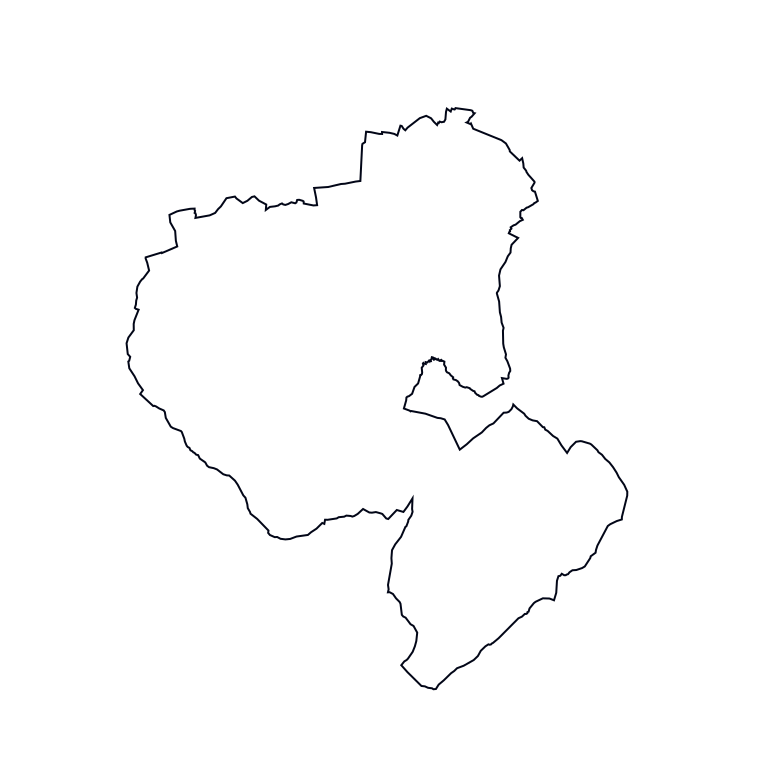 outline of Ulies, Harghita, Romania, rotated 283°
{"feature_id": "2599482B10637984769645", "entity_name": "Ulies", "entity_type": "district", "adm_level": 2, "iso_a3": "ROU", "parent_name": "Romania", "parent_adm1": "Harghita", "projection": "natural_earth1", "projection_center": [25.262, 46.196], "detail": "fine", "context": "isolated", "style": "outline", "palette": "ink", "viewbox_px": 768, "rotation_deg": 283, "n_neighbors": 0, "source": "geoboundaries", "source_scale": "gbopen_adm2", "svg_char_len": 6160}
<svg xmlns="http://www.w3.org/2000/svg" viewBox="0 0 768 768"><g transform="rotate(283 384 384)"><path d="M635.1,467.8L632.1,465.8L638.9,454.3L640.3,453.8L645.8,448.7L648.0,443.6L652.8,413.5L657.4,410.1L656.7,409.7L657.4,405.7L658.4,406.9L662.8,408.0L664.1,409.2L668.2,411.4L668.2,410.0L670.1,408.6L670.3,407.0L668.9,391.6L667.5,391.2L667.3,390.8L667.6,388.1L664.5,387.7L666.4,383.3L663.2,383.2L655.6,384.3L653.0,383.5L652.0,381.2L652.2,379.2L650.7,378.7L650.9,378.0L648.3,377.5L650.7,373.6L653.5,370.1L654.8,364.8L651.1,359.1L639.1,349.3L636.0,347.7L637.0,345.7L639.4,343.2L639.4,341.9L629.1,341.1L630.0,337.8L630.0,332.8L629.1,325.4L627.2,325.9L626.6,323.0L626.4,314.5L625.8,309.8L615.3,311.1L613.2,309.0L611.7,309.0L576.5,315.3L574.9,310.9L570.4,301.0L569.2,297.1L563.4,285.3L559.3,271.8L550.5,275.8L543.2,278.6L542.1,275.1L541.8,265.2L543.8,264.6L544.2,263.6L544.4,259.9L543.8,258.0L541.1,257.8L540.1,256.8L540.2,252.8L537.8,250.1L536.3,247.6L536.3,245.4L537.0,244.0L535.5,241.9L534.1,240.8L532.6,237.8L530.9,233.0L527.0,229.7L532.4,228.9L534.5,221.0L537.7,215.6L536.5,213.2L531.8,209.7L528.5,205.7L531.6,198.5L533.1,196.6L529.6,188.7L520.3,185.1L517.1,183.0L512.7,181.0L509.1,176.2L503.4,162.9L506.3,162.8L507.9,161.9L508.1,161.0L510.2,161.0L510.9,160.3L512.3,160.0L511.1,155.7L506.9,145.9L505.5,143.3L500.5,136.9L493.4,139.4L486.1,146.1L476.7,149.0L471.5,151.6L461.6,138.1L462.1,137.7L453.8,123.3L452.7,123.5L448.9,126.0L441.7,129.6L432.6,125.6L431.8,124.8L429.0,123.4L423.4,121.8L417.0,122.3L412.6,124.0L409.6,123.8L405.5,124.4L402.1,124.1L401.4,125.3L401.2,128.2L390.0,126.5L386.2,126.6L380.1,128.1L371.8,124.5L365.8,124.0L355.5,127.6L353.4,130.6L349.3,130.5L348.4,129.8L342.0,132.3L335.4,139.2L329.3,144.2L323.8,150.5L319.4,148.7L310.6,164.1L311.1,165.1L310.9,166.8L309.6,170.5L308.7,175.3L307.3,176.8L301.9,179.0L294.5,185.8L293.6,188.2L292.5,196.7L291.7,197.8L285.8,201.7L283.2,202.9L279.5,205.6L278.5,206.9L278.0,208.8L275.9,210.3L275.4,212.3L274.5,213.6L274.3,214.8L272.9,216.9L272.9,218.9L269.9,221.3L267.4,227.5L264.6,230.0L263.6,232.2L263.7,237.1L263.2,240.5L259.9,247.7L259.6,251.3L260.0,253.8L256.3,260.5L253.0,264.1L243.8,272.0L242.0,274.6L236.0,277.9L232.4,279.2L229.2,282.2L227.6,283.1L224.0,290.8L215.2,304.4L212.9,304.6L211.2,306.8L210.2,312.0L210.9,314.3L209.9,318.0L210.4,322.9L211.9,327.4L215.7,333.1L219.8,343.8L223.2,346.3L227.9,350.8L234.7,355.1L234.3,357.3L238.5,357.1L239.0,359.6L242.4,368.2L244.0,369.8L245.8,375.1L247.3,376.9L247.9,381.2L247.7,383.0L248.7,384.7L251.5,387.6L257.5,391.7L255.5,398.6L255.9,401.2L257.4,404.9L257.2,409.9L257.0,411.6L253.5,416.4L253.4,418.5L264.1,424.8L263.7,431.7L269.9,434.4L279.0,437.5L268.5,439.5L265.9,440.6L261.8,440.2L257.1,438.3L255.4,438.5L250.4,437.8L249.6,437.0L238.9,435.0L230.3,431.0L223.9,429.2L216.0,430.4L210.7,432.0L189.1,433.1L185.0,434.7L181.9,434.7L182.4,436.3L181.4,440.0L177.8,444.0L175.1,448.3L173.6,449.5L163.1,453.3L161.8,455.0L161.2,457.6L155.9,463.9L154.9,467.2L149.2,472.3L140.8,473.3L135.4,473.1L129.5,472.2L121.7,469.1L120.1,468.1L118.3,466.2L113.9,464.1L108.5,471.7L98.2,488.4L98.6,491.9L97.9,495.2L98.3,499.3L97.7,500.8L98.5,503.2L103.4,504.9L108.7,508.9L117.3,514.4L120.2,517.0L123.5,519.1L127.4,525.0L135.2,533.5L140.1,536.7L145.8,538.3L151.2,541.8L153.8,544.3L153.7,545.5L154.3,546.8L155.5,547.5L156.2,548.4L162.0,552.8L186.0,567.7L188.3,570.7L191.6,572.9L191.9,574.2L192.8,575.2L194.0,575.1L194.7,576.1L198.1,576.3L204.2,579.3L205.9,580.7L210.9,587.0L212.2,593.5L211.5,598.3L219.3,598.8L231.2,596.8L236.0,597.2L236.8,598.9L239.1,599.9L238.2,602.6L238.6,604.1L239.4,604.8L240.1,606.1L242.3,607.1L244.9,609.5L246.0,613.2L249.2,618.4L251.4,620.7L260.7,624.1L262.7,624.2L267.2,628.1L270.0,627.9L274.6,628.3L296.0,634.0L298.3,636.0L302.8,641.6L305.5,646.2L308.0,645.7L329.9,646.1L333.8,645.3L339.8,640.7L346.0,633.8L349.9,630.6L354.5,625.9L358.3,621.2L360.7,616.5L364.1,612.3L365.8,608.3L367.4,606.9L371.7,599.6L372.2,598.0L372.7,589.7L372.5,588.1L370.9,584.1L364.5,580.1L358.0,577.9L364.1,570.7L369.8,565.2L371.4,560.4L375.1,554.0L375.8,551.4L377.9,549.9L377.7,548.5L382.2,541.5L382.0,537.0L382.7,532.8L384.9,529.0L386.6,527.3L390.2,519.2L393.1,514.6L391.2,514.6L388.1,513.8L384.9,511.8L383.8,510.0L382.9,507.0L370.2,499.5L367.5,496.0L364.2,493.4L358.8,490.2L351.1,483.1L343.9,478.2L337.1,472.6L358.5,455.6L363.1,451.1L363.4,447.0L363.0,443.7L364.4,431.0L363.8,416.6L363.3,416.0L363.8,415.1L364.6,408.9L373.0,409.3L375.9,408.9L376.9,409.6L377.8,411.1L380.8,413.6L388.0,414.4L392.2,417.1L399.9,417.5L400.7,417.2L401.1,417.6L401.2,418.2L402.2,418.7L403.8,418.6L408.3,417.1L410.9,418.3L412.7,417.3L413.3,417.6L412.9,418.1L412.9,420.2L414.7,419.7L414.7,421.4L416.9,422.6L416.3,423.4L417.5,423.5L416.8,423.8L416.9,424.5L417.9,424.0L418.5,424.6L420.9,424.6L420.9,425.2L419.6,425.1L419.7,425.8L420.6,426.4L420.5,427.5L420.1,427.5L419.6,426.5L418.9,427.2L420.2,428.8L419.5,430.4L420.5,431.1L419.0,432.8L419.4,434.7L420.2,434.1L420.4,434.3L419.9,435.1L419.4,437.8L416.4,438.2L413.9,440.7L411.6,441.1L410.4,441.8L409.6,442.8L409.1,445.2L407.4,447.2L406.1,449.9L405.1,449.8L404.1,450.6L404.0,453.2L403.2,455.3L401.8,457.0L400.0,457.9L399.0,461.4L398.8,464.0L399.5,465.3L399.2,468.5L398.6,469.1L397.3,472.5L397.3,473.8L395.9,474.8L394.4,477.3L394.4,478.6L393.8,479.2L393.5,481.2L393.6,482.4L394.3,483.4L405.5,494.8L408.6,497.1L411.2,500.4L416.3,497.6L416.6,502.3L417.1,503.4L418.1,504.0L420.3,503.3L423.1,503.4L425.1,504.1L427.4,503.4L433.9,499.1L436.9,496.4L440.3,496.2L446.7,492.5L450.1,491.1L462.7,487.9L465.6,487.9L470.3,484.8L475.7,483.0L479.9,480.8L490.3,477.6L497.6,473.6L498.4,473.5L500.8,474.5L505.4,474.9L515.5,471.7L521.9,471.7L530.2,474.9L536.3,475.9L540.5,477.7L544.7,477.0L548.4,477.0L556.5,481.8L558.9,471.7L560.3,471.9L561.0,472.5L562.2,472.0L564.0,473.2L565.2,472.2L567.7,474.5L568.9,476.4L573.2,479.7L575.2,482.3L576.8,480.8L576.6,479.9L577.2,479.3L582.5,478.1L584.6,479.3L584.7,480.8L587.9,483.3L588.6,484.6L592.8,489.1L594.2,489.8L594.7,490.7L597.0,492.7L605.4,487.8L605.4,486.3L606.1,484.7L608.1,483.5L614.1,485.4L615.0,485.1L620.4,477.5L622.7,475.1L623.8,474.5L626.3,471.4L630.3,470.1L635.1,467.8Z" fill="none" stroke="#020617" stroke-width="2"/></g></svg>